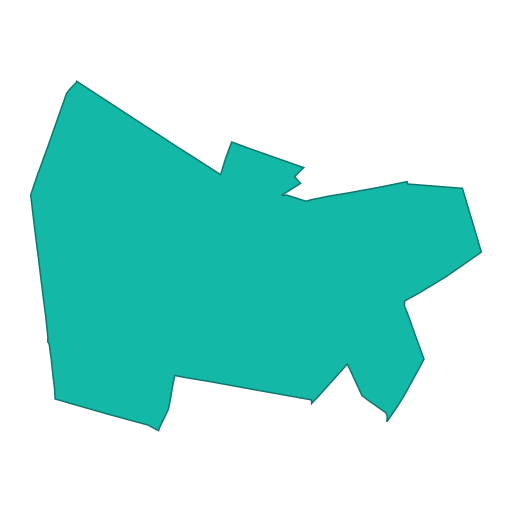 outline of Zimandu Nou, Arad, Romania
{"feature_id": "2599482B63930255297686", "entity_name": "Zimandu Nou", "entity_type": "district", "adm_level": 2, "iso_a3": "ROU", "parent_name": "Romania", "parent_adm1": "Arad", "projection": "albers", "projection_center": [21.398, 46.275], "detail": "fine", "context": "isolated", "style": "filled", "palette": "teal", "viewbox_px": 512, "rotation_deg": 0, "n_neighbors": 0, "source": "geoboundaries", "source_scale": "gbopen_adm2", "svg_char_len": 1612}
<svg xmlns="http://www.w3.org/2000/svg" viewBox="0 0 512 512"><path d="M481.3,252.1L478.0,240.8L473.1,224.1L466.6,202.5L462.4,188.3L462.2,188.3L419.1,184.9L407.6,184.0L407.1,181.6L381.6,186.8L347.3,193.1L328.8,196.1L311.8,199.6L305.8,201.2L286.8,195.1L282.5,195.5L282.2,194.9L300.6,183.4L300.3,183.1L295.4,177.6L294.6,176.7L297.1,174.1L303.7,167.6L297.6,165.5L272.1,156.5L251.5,149.3L231.7,142.0L225.9,157.5L221.2,172.7L220.8,174.6L220.5,174.6L214.8,170.9L203.9,163.9L189.9,154.9L178.0,147.4L145.0,125.9L87.9,88.6L80.9,84.0L76.7,81.3L76.2,82.7L74.3,84.6L70.5,88.4L66.6,93.3L59.7,112.8L47.9,146.4L44.0,157.0L40.0,168.1L39.1,170.6L38.1,172.9L30.7,195.0L33.6,219.8L35.3,233.6L36.0,239.5L37.0,247.2L38.0,254.8L41.0,279.4L44.2,304.8L45.5,314.8L47.9,337.2L47.7,341.9L48.7,342.9L49.4,345.4L50.3,352.4L51.0,357.5L51.2,358.9L53.4,379.4L54.6,388.9L54.6,389.8L54.8,393.0L55.1,399.0L59.8,400.3L61.5,400.8L71.8,403.8L101.4,412.3L107.6,414.1L147.9,425.0L156.1,429.4L157.7,430.2L158.6,430.7L158.7,430.4L158.9,429.7L159.1,428.9L159.3,428.0L159.9,426.9L168.4,409.3L170.2,400.4L172.9,384.4L174.8,375.5L185.7,377.6L208.9,381.4L227.5,384.8L235.8,386.3L250.0,388.9L262.8,391.2L311.5,399.9L311.6,403.5L312.1,402.9L315.7,399.2L322.6,391.7L344.6,367.1L347.3,364.0L351.3,372.4L352.0,374.0L362.0,395.6L368.5,400.5L373.9,404.3L385.8,412.7L387.1,415.6L387.1,419.2L386.8,421.2L387.1,421.2L387.4,421.1L395.5,409.2L397.1,406.8L403.9,396.1L410.9,383.3L419.8,367.1L424.0,359.1L419.3,346.3L413.0,328.8L409.5,318.8L406.6,311.2L404.4,305.7L404.6,301.0L419.4,292.8L446.2,276.6L481.3,252.1Z" fill="#14b8a6" stroke="#0f766e" stroke-width="1.5"/></svg>